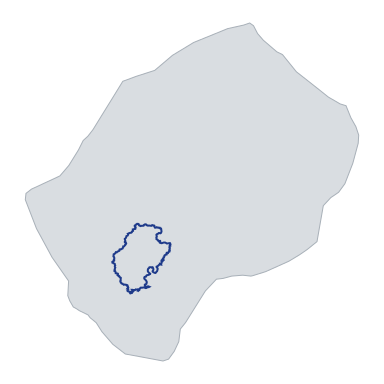 location of Qhoasing, Mohale's Hoek, Lesotho
{"feature_id": "5366337B8464119840521", "entity_name": "Qhoasing", "entity_type": "district", "adm_level": 2, "iso_a3": "LSO", "parent_name": "Lesotho", "parent_adm1": "Mohale's Hoek", "projection": "mercator", "projection_center": [27.882, -30.022], "detail": "fine", "context": "in_parent", "style": "outline", "palette": "blue", "viewbox_px": 384, "rotation_deg": 0, "n_neighbors": 0, "source": "geoboundaries", "source_scale": "gbopen_adm2", "svg_char_len": 6796}
<svg xmlns="http://www.w3.org/2000/svg" viewBox="0 0 384 384"><path d="M265.5,271.7L252.7,275.7L250.9,276.1L242.7,275.2L231.7,276.1L223.1,278.4L216.4,279.2L205.4,290.9L185.6,322.5L180.3,329.1L178.8,341.6L174.2,351.4L168.6,359.1L163.0,361.0L146.5,357.9L125.3,354.0L112.9,344.4L102.0,331.8L96.2,322.7L90.1,317.7L88.0,314.9L79.4,310.7L76.1,308.5L73.3,307.0L69.8,300.9L67.8,295.7L68.6,281.0L62.5,272.3L52.1,257.4L45.5,245.2L36.5,228.6L31.0,214.4L25.3,199.7L26.0,193.4L31.5,189.1L47.5,181.7L59.9,175.9L68.8,165.5L78.5,149.9L83.2,140.5L87.9,136.2L93.0,129.6L102.0,115.0L112.1,98.7L122.8,81.3L136.3,76.3L154.7,70.4L172.5,55.3L193.6,42.5L227.7,28.6L243.6,25.1L249.7,23.0L253.5,25.7L257.6,33.6L263.4,40.3L276.8,51.8L282.5,54.6L296.4,71.8L311.3,83.5L328.4,97.1L340.1,103.9L346.0,105.7L350.9,117.8L355.9,126.7L358.7,135.1L358.2,143.3L352.8,163.3L344.9,183.7L338.6,192.3L330.8,197.6L323.3,205.7L320.4,222.2L317.0,241.6L307.2,249.5L299.5,254.8L288.9,261.2L265.5,271.7Z" fill="#d9dde1" stroke="#a8b0b8" stroke-width="1"/><path d="M149.4,286.8L148.2,286.3L146.4,286.7L145.7,286.5L145.3,286.2L144.7,285.1L144.7,284.9L145.0,284.5L146.2,284.0L146.5,283.7L146.6,282.6L146.8,282.2L146.6,281.5L146.0,280.4L144.4,278.8L144.2,278.1L144.4,277.2L144.7,276.9L146.0,276.6L146.4,275.6L146.7,275.3L148.8,274.8L149.6,274.3L150.1,274.1L150.2,273.7L149.0,272.8L147.9,271.5L147.8,270.5L147.8,269.9L148.1,268.9L148.5,268.4L149.0,268.1L149.4,267.3L150.1,267.2L151.8,267.3L151.9,267.5L152.4,267.2L152.6,267.2L153.1,268.1L153.4,269.2L153.2,270.2L152.6,271.1L152.6,271.6L153.2,272.1L154.3,272.7L155.3,273.0L155.7,272.8L155.9,272.6L156.1,272.3L156.3,271.9L157.0,271.3L157.3,270.7L157.4,270.0L157.7,269.0L157.6,268.3L157.1,267.8L156.5,266.9L156.6,266.6L157.5,266.3L159.2,264.7L159.8,264.6L159.9,264.1L159.9,263.8L160.5,264.0L160.8,264.4L161.1,264.5L161.0,264.1L161.3,263.8L161.2,263.5L160.6,263.1L161.4,263.3L161.5,263.0L161.6,262.8L161.4,262.0L162.1,261.5L162.5,261.4L162.6,261.2L162.3,261.0L161.7,260.9L161.5,260.4L161.7,260.2L162.0,260.2L162.3,260.6L162.5,260.6L162.9,260.5L163.0,260.1L163.6,259.9L163.5,259.7L162.7,259.3L162.6,259.1L162.8,258.6L163.4,258.3L163.7,257.9L163.6,257.6L163.6,257.3L164.1,257.1L164.5,256.2L164.4,255.5L164.5,255.4L166.3,254.3L166.5,254.4L166.6,254.0L166.9,253.8L166.6,253.5L166.5,253.4L166.7,252.8L167.1,252.8L167.0,253.1L167.2,253.4L167.4,253.3L167.4,253.0L168.0,253.0L168.2,252.3L168.8,252.0L169.1,251.2L169.3,251.1L169.6,251.2L169.7,250.8L169.3,250.6L169.2,250.4L169.3,250.1L169.7,249.8L169.4,249.2L169.9,248.1L169.8,247.7L169.5,247.5L169.4,247.3L169.6,246.9L169.5,246.0L169.7,245.8L170.3,245.7L170.2,245.1L170.5,244.4L170.3,244.1L170.1,244.1L170.2,243.4L170.0,243.1L169.6,243.1L168.0,243.4L166.8,243.5L165.9,242.9L165.0,242.5L163.9,242.5L163.2,242.7L161.8,243.2L161.5,243.1L161.0,243.1L160.5,242.9L160.4,242.7L160.1,242.8L159.8,242.7L159.7,242.6L160.3,241.9L160.2,241.1L160.1,240.9L158.5,241.0L158.2,240.8L158.1,240.3L157.6,240.0L157.5,239.7L156.5,239.2L156.5,238.4L156.3,237.7L156.7,237.0L156.6,236.5L156.8,236.2L156.5,235.4L156.4,234.7L156.7,234.3L157.9,233.8L158.2,233.6L158.5,233.2L158.8,233.0L159.2,233.0L159.7,233.2L160.5,233.3L160.9,233.0L161.5,231.7L161.4,230.9L161.4,230.0L161.0,229.1L161.1,228.6L160.9,228.4L160.1,228.4L159.2,227.9L157.7,227.6L157.9,227.5L157.2,227.4L157.0,227.5L156.6,227.2L156.3,227.3L155.6,227.7L155.0,227.7L154.3,226.5L154.4,225.8L154.3,225.6L154.0,225.5L153.4,225.5L153.3,225.4L152.4,225.1L152.1,225.1L151.6,225.8L150.2,225.7L148.9,225.5L148.0,225.7L147.4,225.5L147.2,225.3L146.6,225.2L146.5,224.9L146.0,224.4L145.5,224.3L144.6,224.5L144.4,224.8L144.0,224.9L143.6,225.7L142.8,225.8L142.1,225.7L140.4,226.1L139.9,225.8L139.9,225.7L139.7,225.6L139.4,225.5L139.4,225.3L139.0,225.2L138.9,225.1L138.9,224.9L138.6,224.4L138.6,224.1L137.9,223.8L137.4,224.0L137.0,223.9L136.7,224.2L136.2,224.4L136.0,224.8L135.4,225.2L135.1,225.3L135.0,225.6L134.7,225.7L134.7,226.2L134.9,226.4L135.1,226.4L135.2,226.6L135.6,227.1L135.7,227.6L135.6,227.9L135.2,228.1L135.4,228.5L135.3,228.9L134.3,229.0L133.6,229.4L133.2,229.3L132.8,229.4L133.0,230.9L132.5,231.1L132.3,231.4L132.0,231.5L131.8,232.3L131.6,232.4L131.0,232.8L130.7,232.7L130.3,232.8L130.1,232.9L129.4,233.0L128.0,233.7L128.2,233.9L128.2,234.6L127.9,235.0L127.7,235.5L126.4,236.1L126.2,237.1L125.8,238.0L125.2,238.6L124.8,238.8L124.8,239.4L125.2,240.4L125.3,240.9L125.2,241.3L125.3,241.5L125.0,241.5L124.8,241.7L124.8,242.2L125.4,242.8L126.0,243.0L126.2,243.3L126.2,243.5L125.8,244.2L125.5,244.4L125.1,244.8L125.2,245.1L124.6,245.7L124.0,246.4L123.7,246.6L123.2,246.5L122.9,247.8L122.6,248.5L121.9,248.7L121.4,249.2L120.0,249.3L119.5,249.5L119.4,250.1L119.5,250.6L119.3,250.8L117.8,251.5L117.4,251.6L116.7,252.4L115.8,252.2L115.6,252.7L114.6,253.9L114.3,254.1L113.7,254.2L113.6,254.6L113.6,255.6L113.4,256.1L113.6,256.3L113.7,256.8L114.1,257.1L114.3,257.9L114.3,258.5L113.9,259.5L114.2,259.7L114.2,260.7L114.1,260.8L113.3,261.0L113.0,261.6L112.4,261.9L112.5,262.2L112.4,262.6L113.2,262.9L113.4,263.3L114.2,263.5L114.5,263.6L114.8,263.9L114.8,264.3L114.9,264.8L115.2,265.3L114.9,265.7L114.8,266.8L115.3,267.6L114.6,269.3L114.9,269.9L114.6,270.2L114.6,270.5L114.4,270.9L115.4,271.5L115.5,272.1L115.7,272.7L115.7,273.2L117.0,273.4L117.9,273.7L117.9,274.0L117.6,274.5L118.1,275.1L117.9,275.3L118.1,275.4L118.4,276.0L118.8,276.3L118.9,276.2L119.1,276.2L119.1,276.4L119.3,276.5L119.6,276.9L119.6,277.0L119.8,277.2L120.0,277.2L120.3,277.5L120.7,277.7L120.7,278.1L120.8,278.2L120.6,278.7L120.7,280.1L120.7,280.5L120.4,280.8L120.5,281.0L120.3,281.4L120.7,282.1L120.7,282.5L120.9,282.7L121.1,282.7L121.5,283.4L122.3,283.6L122.3,283.8L122.6,283.9L123.1,284.3L123.6,284.4L123.8,284.7L124.2,284.5L125.0,284.7L125.5,284.7L125.9,284.7L126.2,284.8L126.4,285.1L126.8,285.0L127.4,285.2L127.6,285.7L127.5,285.8L127.4,286.3L127.6,286.5L128.0,286.8L128.0,287.0L128.2,287.4L127.9,287.6L127.8,287.9L127.7,288.0L127.5,288.3L127.9,288.3L128.0,288.4L128.0,288.8L128.3,289.1L128.3,289.4L128.0,289.7L127.9,289.9L127.4,290.3L127.4,290.8L127.8,291.2L128.2,291.4L129.8,291.7L130.0,291.9L130.5,291.8L130.9,292.0L130.6,292.2L130.6,292.3L130.2,292.4L130.4,292.9L130.1,293.1L130.3,293.4L130.5,293.4L131.7,292.9L132.0,292.9L132.1,292.5L131.8,292.2L132.0,291.8L132.3,291.7L132.5,291.9L132.8,291.8L132.9,291.7L132.7,291.3L132.5,291.0L133.0,290.8L132.2,290.1L132.0,289.8L132.6,289.8L133.0,290.0L133.7,290.0L134.2,290.3L134.4,290.0L135.3,289.9L135.4,289.7L135.7,289.4L136.9,289.6L137.5,289.4L137.5,289.6L137.7,289.8L137.9,289.7L138.1,289.8L138.0,290.3L138.2,290.2L138.5,290.6L138.8,290.2L139.3,290.1L139.4,289.6L139.5,289.5L139.5,289.2L139.8,288.5L140.4,288.2L140.6,287.7L141.0,287.6L142.3,287.7L143.2,287.5L144.1,287.4L145.3,288.0L145.8,288.1L146.3,288.0L146.6,287.9L147.4,287.2L147.8,287.1L148.7,287.2L149.4,286.8Z" fill="none" stroke="#1e3a8a" stroke-width="2"/></svg>